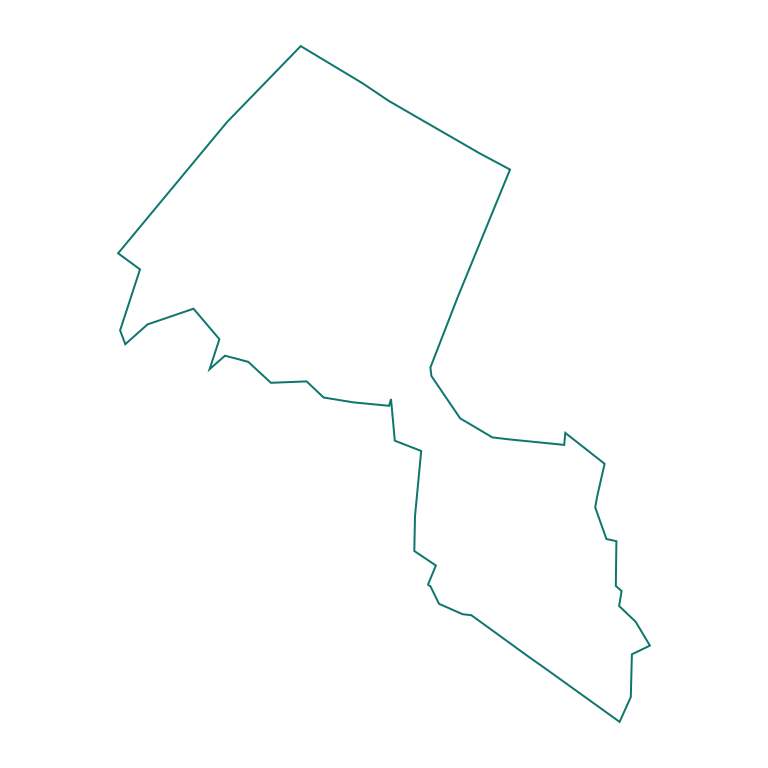 the district of Passaic, New Jersey, United States of America
{"feature_id": "52423323B2670997782408", "entity_name": "Passaic", "entity_type": "district", "adm_level": 2, "iso_a3": "USA", "parent_name": "United States of America", "parent_adm1": "New Jersey", "projection": "equal_earth", "projection_center": [-74.273, 41.012], "detail": "fine", "context": "isolated", "style": "outline", "palette": "teal", "viewbox_px": 768, "rotation_deg": 0, "n_neighbors": 0, "source": "geoboundaries", "source_scale": "gbopen_adm2", "svg_char_len": 833}
<svg xmlns="http://www.w3.org/2000/svg" viewBox="0 0 768 768"><path d="M428.5,585.3L430.4,586.2L439.0,603.8L462.5,614.2L471.3,615.2L518.5,649.4L528.3,656.5L548.8,671.0L619.6,721.9L630.8,697.0L631.9,654.3L649.9,645.6L635.6,621.7L619.1,606.0L621.6,591.1L615.8,585.9L616.4,541.2L606.4,539.0L595.2,507.3L597.3,495.8L604.6,463.8L565.3,432.9L564.2,444.9L509.3,439.4L492.4,437.4L460.2,418.4L431.4,376.0L430.4,367.5L457.6,297.4L510.0,169.6L479.2,153.1L417.8,117.7L388.4,100.7L362.9,83.5L300.7,46.1L226.9,122.2L118.1,253.3L140.0,269.4L120.1,330.4L125.3,344.2L147.5,324.4L193.5,308.7L219.4,339.2L209.6,369.2L225.0,355.7L248.3,361.9L270.9,382.8L306.6,381.4L323.6,397.5L352.8,402.3L389.1,405.8L391.0,399.0L394.8,440.7L421.2,451.0L415.0,516.2L414.3,551.0L435.9,565.5L428.1,584.3L428.5,585.3Z" fill="none" stroke="#0f766e" stroke-width="2"/></svg>